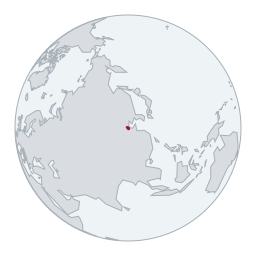 the Earth from above Tianjin, rotated 305°
{"feature_id": "CHN-1816", "entity_name": "Tianjin", "entity_type": "Municipality", "adm_level": 1, "iso_a3": "CHN", "parent_name": "China", "parent_adm1": "", "projection": "orthographic", "projection_center": [117.372, 39.408], "detail": "fine", "context": "on_globe", "style": "filled", "palette": "rose", "viewbox_px": 256, "rotation_deg": 305, "n_neighbors": 0, "source": "natural_earth", "source_scale": "10m", "svg_char_len": 11714}
<svg xmlns="http://www.w3.org/2000/svg" viewBox="0 0 256 256"><g transform="rotate(305 128 128)"><circle cx="128" cy="128" r="113" fill="#eef3f6" stroke="#a8b0b8"/><path d="M224.1,183.7L224.0,184.2L223.9,184.3L224.1,183.7ZM205.9,46.7L206.6,47.4L203.7,45.9L194.3,40.8L194.4,39.9L192.1,39.0L191.9,40.2L192.4,41.3L184.4,42.1L182.6,48.6L185.7,52.7L182.1,50.5L190.7,59.9L192.1,66.0L188.2,57.9L186.0,56.3L185.8,59.7L183.5,58.8L182.1,60.0L179.4,58.7L177.3,54.4L175.5,53.6L175.5,56.1L172.7,56.6L173.0,53.0L168.3,53.5L163.9,47.1L167.0,39.7L162.2,36.1L159.3,28.6L157.3,28.7L154.9,26.3L151.6,25.6L152.0,24.7L149.1,25.0L149.4,25.9L148.2,26.5L146.3,26.2L146.4,24.9L147.4,24.8L146.5,24.4L147.4,23.9L145.9,24.0L146.3,22.6L143.1,23.6L141.1,22.3L142.1,21.5L145.6,22.0L156.7,22.3L158.8,22.2L158.3,21.2L149.6,18.1L150.5,17.9L149.0,17.4L146.8,17.1L147.3,17.5L142.9,17.1L144.0,17.9L142.4,18.0L142.0,18.9L138.1,18.4L134.6,17.5L134.7,16.8L133.2,16.5L129.9,17.0L127.1,15.9L119.9,15.8L119.6,15.7L124.0,15.4L132.1,15.4L140.3,16.0L148.4,17.2L156.4,19.0L164.3,21.4L171.9,24.3L179.3,27.7L186.5,31.7L193.3,36.2L199.8,41.2L205.9,46.7ZM234.4,103.4L233.5,101.6L234.1,101.5L234.4,103.4ZM232.9,101.4L233.2,101.8L232.9,101.7L232.9,101.4ZM232.7,101.9L232.8,101.6L232.7,102.1L232.7,101.9ZM232.5,102.8L232.5,102.2L232.6,102.3L232.5,102.8ZM231.8,103.5L231.6,103.6L231.6,102.9L231.8,103.5ZM192.9,42.0L192.2,40.4L193.2,39.8L194.1,41.1L192.9,42.0ZM190.7,43.7L189.7,42.5L192.3,43.2L192.0,43.7L190.7,43.7ZM188.5,56.0L188.4,54.2L189.3,56.3L188.5,56.0ZM182.4,60.4L183.2,61.3L182.1,61.6L182.4,60.4ZM144.1,19.2L143.1,19.0L143.7,18.9L144.1,19.2ZM144.9,19.8L146.4,19.8L147.0,20.0L146.1,20.0L144.9,19.8ZM177.0,59.9L175.0,60.3L176.6,59.1L177.0,59.9ZM143.0,19.8L147.9,20.6L148.9,21.1L146.3,21.7L143.0,19.8ZM173.7,60.0L169.0,61.1L170.3,63.0L163.9,58.6L170.0,58.9L171.8,57.2L172.0,59.0L173.7,60.0ZM150.3,26.4L149.9,25.3L151.9,26.5L150.3,26.4ZM151.9,27.0L159.9,30.4L159.5,32.1L156.9,30.5L157.8,33.0L153.7,32.2L152.3,30.6L153.3,29.6L150.9,30.1L151.9,27.0ZM161.1,56.0L159.7,55.8L160.8,55.3L161.1,56.0ZM147.9,26.8L149.5,27.2L149.3,28.6L146.0,28.0L147.1,27.7L147.9,26.8ZM160.1,34.2L159.3,35.3L155.8,34.8L155.0,35.2L153.5,32.3L160.1,34.2ZM146.2,27.3L144.3,27.7L142.6,26.8L146.2,26.4L146.2,27.3ZM150.7,29.3L150.4,30.0L149.5,29.4L150.7,29.3ZM135.8,24.3L137.8,24.7L137.9,25.4L135.8,24.3ZM143.6,27.9L144.2,28.2L144.5,28.6L142.9,28.7L143.6,27.9ZM151.1,32.2L149.8,31.9L151.6,33.4L149.0,33.3L148.5,31.4L147.6,32.1L146.8,32.1L147.3,30.7L151.1,32.2ZM142.0,30.0L140.5,27.8L136.8,26.9L136.7,26.2L142.6,27.8L142.0,30.0ZM145.1,30.5L143.2,30.0L143.9,29.2L145.7,29.1L145.1,30.5ZM147.4,33.9L151.5,34.6L151.5,35.0L147.4,33.9ZM140.8,29.9L141.2,30.4L140.5,29.9L140.8,29.9ZM145.2,32.8L146.6,32.9L146.6,33.4L145.2,32.8ZM140.8,31.4L140.3,30.7L141.5,30.5L140.8,31.4ZM142.7,32.2L142.2,32.8L142.2,30.9L143.3,32.1L142.7,32.2ZM144.9,33.2L145.3,33.5L144.3,33.1L144.9,33.2ZM136.5,32.5L136.2,30.3L138.9,29.9L138.8,32.1L136.5,32.5ZM51.5,45.3L47.9,49.1L42.8,57.8L41.5,59.7L38.5,62.2L31.7,75.2L33.9,74.7L31.4,85.0L32.0,90.1L38.7,84.8L37.6,76.3L41.1,71.5L44.8,75.4L46.3,83.4L47.6,81.8L49.7,74.3L53.2,74.0L50.8,71.6L49.5,74.2L48.0,72.9L49.1,70.6L50.3,70.4L50.7,67.7L45.1,69.4L43.1,72.2L42.3,67.2L39.0,71.5L37.7,71.4L42.9,64.2L44.7,62.8L51.8,53.4L49.8,54.3L43.0,63.4L43.7,61.6L40.9,63.4L43.6,60.7L51.6,50.9L53.0,47.1L49.4,47.8L51.3,45.6L55.3,41.9L62.0,37.3L57.0,42.8L59.3,41.6L64.9,37.6L62.9,39.8L64.6,38.9L63.1,41.1L65.6,41.9L64.8,44.0L70.1,42.4L70.4,43.4L67.2,44.0L64.5,45.7L63.1,51.6L64.1,52.2L67.6,50.8L66.8,52.8L70.4,50.7L71.8,53.7L73.2,48.4L77.5,47.0L80.6,48.0L82.3,46.7L77.1,45.2L74.8,45.5L72.4,47.2L66.4,47.8L66.0,46.3L73.3,42.4L73.5,39.9L79.1,38.4L89.5,42.8L91.7,45.9L86.0,54.1L83.0,54.0L83.6,51.0L79.1,55.2L81.3,54.2L80.6,55.9L84.5,55.5L84.2,56.7L88.5,54.2L88.5,55.7L85.8,57.3L91.6,58.3L92.9,61.4L94.3,61.0L95.5,59.8L96.3,64.8L97.4,64.3L97.5,62.5L99.7,60.4L103.8,58.9L103.9,60.7L102.4,61.5L99.4,66.1L95.4,68.2L95.9,68.8L99.3,67.5L103.0,61.8L105.4,60.4L104.1,63.1L104.8,62.0L106.0,61.8L107.3,63.5L109.0,60.6L122.6,57.8L126.4,61.1L123.7,63.6L133.3,64.5L136.9,68.7L137.0,66.9L141.7,66.4L140.6,65.1L141.0,64.2L152.5,63.3L155.3,64.7L160.3,62.8L160.4,62.0L158.7,60.8L163.9,58.6L170.3,63.0L169.8,64.7L174.2,66.6L172.5,70.2L173.1,74.3L168.8,77.6L169.7,80.8L171.3,81.2L173.6,86.1L173.0,95.1L166.5,85.9L166.0,73.2L165.6,78.0L163.6,76.5L162.1,78.0L162.0,81.6L163.3,82.3L152.3,86.8L147.8,96.3L153.3,96.1L156.1,99.2L155.7,111.2L143.3,126.5L146.9,131.9L146.7,135.3L142.7,137.1L142.9,132.2L139.3,130.1L140.0,127.2L133.6,128.9L134.3,124.8L129.0,128.4L130.4,131.8L135.8,131.6L130.9,136.8L135.6,142.9L135.5,149.7L125.3,160.2L116.0,162.4L115.3,164.3L111.9,161.4L106.9,164.5L112.7,176.7L112.3,179.7L104.4,184.1L104.4,181.8L95.5,174.2L93.4,181.1L100.1,188.6L102.4,195.7L97.0,192.5L94.7,186.0L91.6,183.2L92.8,177.2L90.8,166.9L85.4,167.1L86.1,163.3L82.5,153.6L75.0,153.5L62.7,159.0L60.5,168.1L56.5,170.3L53.0,153.6L54.2,143.6L51.2,142.6L48.9,131.3L40.2,122.4L40.4,119.3L38.4,118.6L37.1,113.2L38.2,108.2L36.7,106.3L34.3,119.6L36.1,121.7L39.7,120.4L38.6,124.3L40.0,130.4L32.9,134.2L22.4,128.3L24.0,120.9L29.4,95.0L30.7,93.6L30.8,93.3L31.0,92.8L28.9,94.8L30.7,90.1L25.0,106.3L22.9,112.1L22.2,128.5L21.6,128.8L22.2,133.1L27.2,138.0L26.6,140.1L22.7,146.4L18.1,149.7L20.2,160.2L21.9,165.9L19.5,158.1L17.6,150.1L16.2,142.0L15.5,133.8L15.4,125.6L15.9,117.4L16.9,109.2L18.6,101.2L20.8,93.3L23.7,85.6L27.0,78.1L30.9,70.9L35.4,63.9L40.3,57.3L45.7,51.1L51.5,45.3ZM45.1,96.0L47.7,100.8L51.2,94.4L52.4,95.8L53.1,93.2L51.4,93.9L53.8,87.2L56.5,88.0L58.6,85.7L57.8,84.0L52.3,83.7L48.9,93.1L46.3,93.9L45.1,96.0ZM121.0,15.6L119.8,15.7L120.3,15.6L121.0,15.6ZM75.2,33.2L73.2,34.5L71.6,34.7L72.7,32.8L75.0,32.3L75.2,33.2ZM70.8,36.4L77.8,33.5L77.4,34.9L76.4,34.5L75.5,35.7L73.7,35.6L66.5,40.0L64.6,40.5L67.6,36.1L67.7,37.1L69.6,35.7L70.8,36.4ZM96.2,26.1L99.2,25.6L94.5,29.1L92.2,29.3L93.1,27.2L96.3,25.7L96.2,26.1ZM137.4,20.9L138.9,20.9L138.8,21.2L137.6,21.4L137.4,20.9ZM136.8,24.4L131.0,21.3L132.4,21.1L127.4,19.9L129.1,18.9L132.3,19.7L129.8,18.2L133.3,18.5L131.3,17.6L138.2,19.4L141.3,19.9L137.2,19.7L135.6,20.5L135.8,21.0L138.7,22.8L144.6,24.5L143.9,25.8L141.9,26.3L140.4,26.1L141.3,25.2L138.6,25.6L138.8,24.3L136.8,24.4ZM118.5,34.9L120.2,33.4L114.9,35.1L115.0,33.3L114.4,33.6L113.0,32.4L110.3,31.7L110.9,30.8L109.6,30.9L108.7,30.3L107.1,30.1L107.6,28.7L105.7,28.5L107.0,27.9L103.6,28.0L106.4,27.3L105.5,26.6L103.2,27.6L109.9,21.5L110.5,19.8L109.5,18.9L114.4,18.3L118.5,18.8L121.4,20.4L120.1,22.2L122.6,21.7L122.7,22.6L120.7,22.6L123.8,23.0L123.4,23.8L126.0,25.9L130.8,26.4L131.9,27.3L129.8,27.5L132.3,28.3L129.1,29.3L129.8,30.0L127.4,31.9L122.9,32.0L124.0,32.9L122.2,34.5L118.5,34.9ZM135.7,33.0L130.4,33.3L127.8,32.5L133.1,29.6L133.0,28.8L136.3,27.2L139.9,28.5L138.6,28.8L138.2,29.4L137.2,28.7L137.7,29.7L136.0,30.3L135.8,31.2L134.1,31.0L135.7,33.0ZM42.3,59.9L41.8,61.1L41.4,62.6L39.7,63.9L42.3,59.9ZM47.7,53.2L47.5,53.9L44.8,56.2L45.4,55.0L47.7,53.2ZM49.7,52.5L47.7,53.8L49.1,52.4L49.7,52.5ZM67.3,44.6L67.3,45.4L66.5,45.9L65.4,46.0L67.3,44.6ZM102.7,40.4L104.1,39.4L104.7,39.6L108.6,38.6L108.9,40.1L106.5,41.2L102.7,40.4ZM37.2,84.5L35.7,84.4L36.2,82.9L36.6,83.3L37.2,84.5ZM36.7,73.5L35.8,76.8L36.3,73.8L36.7,73.5ZM103.6,41.7L105.2,41.1L104.3,42.2L103.6,41.7ZM109.2,41.1L108.5,42.3L109.3,40.1L109.2,41.1ZM25.9,175.6L24.6,172.5L25.8,174.0L25.7,172.2L28.0,177.9L30.8,185.0L25.9,175.6ZM131.1,212.9L134.6,213.4L134.5,213.7L131.1,212.9ZM127.4,211.5L131.4,211.8L126.8,212.3L127.4,211.5ZM133.0,211.9L137.0,211.3L138.8,210.7L138.5,211.5L133.0,211.9ZM124.8,211.4L110.4,209.7L104.7,207.8L106.0,206.7L115.1,208.4L124.8,211.4ZM105.6,206.6L97.0,200.9L85.9,185.7L89.8,187.0L101.6,197.4L100.9,198.5L106.0,202.7L105.6,206.6ZM126.4,201.7L125.6,205.4L117.6,204.4L114.0,203.3L111.5,198.1L112.9,195.8L115.8,196.2L127.5,188.5L131.5,191.0L127.9,194.5L131.2,198.1L126.4,201.7ZM60.9,169.3L62.6,175.9L60.5,175.7L60.9,169.3ZM132.5,182.3L127.6,186.1L132.1,180.9L132.5,182.3ZM135.3,177.2L135.5,179.3L133.6,177.2L135.3,177.2ZM114.9,167.4L111.8,167.4L111.8,165.8L115.9,164.8L114.9,167.4ZM135.3,155.3L134.9,160.1L134.2,161.6L132.9,158.7L135.3,155.3ZM107.7,54.6L101.9,54.2L97.9,55.2L95.8,57.7L96.2,54.2L102.5,52.6L107.7,54.6ZM120.7,57.1L122.5,55.2L123.4,56.3L123.1,56.9L120.7,57.1ZM120.6,55.8L119.7,53.0L121.7,52.1L122.1,54.5L120.6,55.8ZM111.4,46.8L109.7,46.6L110.4,45.7L111.4,46.8ZM167.2,233.4L167.3,232.9L171.8,231.3L169.7,232.5L167.2,233.4ZM151.2,232.6L129.1,236.5L124.2,236.0L125.4,234.9L120.9,230.4L122.5,230.6L121.4,227.2L134.4,224.5L143.8,218.0L151.1,218.0L156.6,212.6L164.1,212.0L161.9,216.2L169.7,217.3L175.0,207.7L179.7,215.4L185.3,216.4L186.7,219.9L176.2,228.7L170.3,231.4L169.3,231.4L166.8,232.5L163.1,233.4L161.1,232.3L158.6,233.3L161.0,231.5L157.5,233.4L155.6,232.5L151.2,232.6ZM204.9,204.0L206.0,203.6L207.6,203.6L205.9,204.5L204.9,204.0ZM221.4,187.8L221.8,187.9L220.7,189.1L221.4,187.8ZM223.9,184.3L222.6,185.9L224.1,183.7L223.9,184.3ZM210.8,196.2L211.3,196.3L210.9,196.8L210.8,196.2ZM210.4,196.3L211.0,195.1L210.9,195.9L210.4,196.3ZM205.3,194.6L206.0,193.8L206.3,194.0L205.3,194.6ZM139.8,213.4L144.6,210.7L147.3,210.4L139.8,213.4ZM204.4,194.0L202.7,194.7L202.9,194.2L204.4,194.0ZM204.5,192.8L204.3,192.2L205.3,193.3L204.5,192.8ZM201.3,192.6L203.3,193.0L201.0,192.9L201.3,192.6ZM200.1,193.3L198.6,193.3L198.7,193.1L200.1,193.3ZM183.3,199.9L188.8,202.7L184.3,203.9L179.3,202.5L175.4,205.9L166.6,207.1L168.6,205.2L167.4,202.8L158.2,202.9L156.4,201.4L159.6,199.9L153.6,199.0L160.2,197.7L162.9,201.0L166.6,197.7L173.1,197.4L179.4,197.3L184.5,198.6L183.3,199.9ZM160.3,205.4L161.4,205.3L160.4,206.4L160.3,205.4ZM195.7,192.6L197.9,193.4L197.6,193.9L196.6,194.0L195.7,192.6ZM185.6,197.7L191.1,193.3L192.4,193.0L188.8,197.3L185.6,197.7ZM189.8,191.9L192.3,191.5L193.6,192.7L193.1,193.3L189.8,191.9ZM146.8,203.1L146.6,204.1L144.9,203.4L146.8,203.1ZM149.0,202.5L154.2,203.2L148.5,203.3L149.0,202.5ZM133.5,199.1L135.0,201.5L139.7,200.1L136.1,202.2L139.3,206.0L138.3,207.4L135.1,203.3L134.0,207.5L131.9,207.3L130.7,203.7L132.8,199.2L134.9,197.4L143.4,196.7L133.5,199.1ZM149.0,199.6L147.6,196.9L148.6,194.9L150.1,196.4L149.0,199.6ZM143.7,190.0L140.1,186.6L136.9,187.8L143.5,183.0L145.8,187.1L143.7,190.0ZM140.8,182.4L137.7,183.5L140.9,180.7L140.8,182.4ZM136.9,182.3L136.7,179.8L139.1,180.2L136.9,182.3ZM142.3,182.5L143.0,178.3L144.2,180.8L142.3,182.5ZM135.8,174.1L140.8,178.4L134.2,176.5L134.2,168.1L137.1,168.0L135.8,174.1ZM153.6,138.9L153.0,136.3L155.7,135.7L155.3,137.6L153.6,138.9ZM163.8,131.8L156.2,134.7L150.0,137.2L151.8,138.3L150.2,142.8L147.6,138.7L152.1,133.8L156.8,132.7L157.7,128.9L161.2,126.2L160.8,121.6L162.4,119.5L164.2,123.5L163.8,131.8ZM160.4,119.6L160.8,111.4L165.7,112.3L166.7,114.3L164.5,117.6L162.0,116.9L160.4,119.6ZM162.4,109.7L160.0,109.1L155.7,97.2L156.0,94.9L161.9,104.1L160.0,104.0L160.2,106.9L162.4,109.7ZM160.0,56.8L159.7,55.9L160.8,56.6L160.0,56.8ZM140.3,63.5L141.1,62.5L142.4,63.2L140.3,63.5ZM143.9,60.0L141.9,59.9L143.9,59.3L143.9,60.0ZM137.4,59.9L141.1,59.5L137.6,61.0L137.4,59.9Z" fill="#d9dde1" stroke="#a8b0b8" stroke-width="1"/><path d="M129.0,128.4L128.9,128.4L128.7,128.5L128.6,128.8L128.3,129.2L128.3,129.4L128.3,129.5L128.1,129.6L127.8,129.7L127.7,129.6L127.5,129.4L127.3,129.4L127.2,129.4L127.1,129.2L126.9,129.0L126.9,128.9L127.0,128.8L127.3,128.6L127.2,128.5L127.2,128.4L127.2,128.2L127.2,127.9L127.1,127.7L127.3,127.4L127.3,127.5L127.5,127.5L127.7,127.4L127.7,127.2L127.8,127.2L127.7,127.1L127.7,126.9L127.8,126.8L127.8,126.7L128.0,126.5L128.0,126.4L128.3,126.5L128.5,126.7L128.6,126.8L128.4,126.9L128.2,126.8L128.2,127.0L128.2,127.3L128.3,127.3L128.3,127.5L128.5,127.7L128.5,127.8L128.5,127.7L128.8,127.7L128.8,127.8L128.8,128.0L129.0,128.1L129.0,128.3L129.0,128.4Z" fill="#f43f5e" stroke="#9f1239" stroke-width="1.5"/></g></svg>